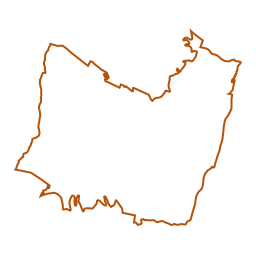 outline of Chia, Cundinamarca, Colombia
{"feature_id": "7082276B36074400968325", "entity_name": "Chia", "entity_type": "district", "adm_level": 2, "iso_a3": "COL", "parent_name": "Colombia", "parent_adm1": "Cundinamarca", "projection": "orthographic", "projection_center": [-74.043, 4.869], "detail": "fine", "context": "isolated", "style": "outline", "palette": "amber", "viewbox_px": 256, "rotation_deg": 0, "n_neighbors": 0, "source": "geoboundaries", "source_scale": "gbopen_adm2", "svg_char_len": 5675}
<svg xmlns="http://www.w3.org/2000/svg" viewBox="0 0 256 256"><path d="M191.0,31.1L192.2,37.2L192.2,38.5L191.9,39.3L191.1,39.6L190.3,39.5L186.9,37.7L186.0,37.6L185.0,37.9L183.7,39.0L183.4,39.4L183.5,40.0L183.6,40.3L184.0,40.4L186.1,40.0L186.8,40.1L187.9,41.0L189.0,42.1L189.3,43.3L189.0,43.8L188.5,44.0L186.8,44.1L186.1,44.3L185.3,44.8L185.3,45.3L185.8,45.7L189.0,45.9L190.5,47.0L191.2,47.9L191.5,48.5L191.5,51.1L191.8,51.8L192.3,51.9L193.5,51.0L193.9,50.9L196.8,51.5L196.9,52.4L196.1,55.7L195.6,56.8L193.6,59.9L192.8,60.8L192.1,61.2L191.2,61.3L189.9,60.6L189.0,60.4L187.1,60.7L184.5,60.8L183.5,61.1L183.3,61.4L183.5,61.9L185.4,62.7L185.3,64.1L184.6,65.6L181.0,70.2L180.2,71.7L179.9,71.8L179.7,71.7L178.0,69.2L177.6,68.7L177.3,68.7L176.8,69.6L176.8,70.1L178.3,72.2L178.5,72.8L178.2,73.2L177.7,73.5L175.5,74.0L173.3,75.4L170.6,76.1L169.9,76.5L169.7,77.1L169.7,79.5L168.7,83.9L168.6,85.2L168.7,87.0L169.9,90.6L169.9,91.2L169.7,91.6L168.9,91.6L166.5,90.8L165.5,90.8L165.1,92.0L162.7,95.1L161.8,96.2L160.6,97.1L158.8,97.6L156.3,97.9L155.0,98.4L153.6,99.5L152.4,100.9L151.3,100.0L148.7,94.8L147.8,94.3L133.8,88.0L133.2,87.9L132.8,91.2L131.9,91.2L126.5,86.6L125.9,86.5L125.3,87.0L124.3,86.6L124.5,86.1L121.0,84.5L119.5,87.7L107.8,82.1L106.3,81.5L105.6,81.4L105.5,80.3L104.9,79.9L105.0,79.4L105.5,79.2L106.6,79.2L107.3,79.0L107.5,78.7L106.4,77.7L106.3,77.0L106.8,76.9L108.4,77.7L108.7,77.4L108.7,76.9L107.6,76.4L107.9,75.3L107.3,75.1L106.3,75.3L105.6,76.9L105.2,77.0L104.8,76.9L104.6,76.4L104.5,75.4L104.1,75.2L103.8,74.4L103.9,74.1L104.2,74.0L106.1,73.9L107.3,74.4L107.3,74.2L106.7,73.0L106.7,72.6L104.9,71.7L103.9,71.0L100.6,69.1L98.7,67.3L94.6,64.2L93.6,63.0L91.8,61.6L91.0,61.3L90.4,61.3L88.0,65.9L87.9,65.8L71.3,52.8L66.9,48.9L62.9,45.8L60.9,45.7L57.6,45.9L55.0,45.2L53.8,44.8L50.4,44.0L50.6,44.7L48.9,47.3L48.1,50.4L47.0,51.4L46.5,52.1L45.4,54.4L45.1,55.4L44.9,60.0L43.9,62.7L44.1,64.5L44.8,66.5L44.9,69.3L45.5,72.5L45.3,72.9L43.4,72.8L42.6,73.2L40.7,78.5L39.9,79.8L39.9,83.8L41.2,89.5L41.3,90.8L41.2,93.1L41.4,95.5L41.0,96.9L41.1,99.6L41.0,102.0L40.0,103.7L39.1,106.1L38.9,107.3L39.0,108.2L39.4,109.5L39.8,111.6L40.1,114.5L40.1,116.7L39.5,119.0L39.3,121.9L38.5,124.7L38.6,125.5L38.4,127.3L39.2,130.7L39.5,132.6L39.4,134.1L38.8,135.7L38.0,136.3L36.0,137.7L34.2,138.2L32.3,139.1L32.2,141.0L31.6,142.7L31.0,143.5L30.7,145.5L29.4,147.2L28.5,150.1L27.8,151.5L27.3,152.2L25.8,153.1L24.5,153.4L23.7,153.8L23.2,155.2L23.2,157.1L22.1,157.4L21.4,157.8L20.6,159.2L19.3,160.1L18.5,161.0L18.8,161.9L18.7,162.7L18.1,163.3L17.3,165.1L16.4,167.7L16.3,168.6L15.4,169.5L31.0,172.7L42.1,180.0L49.2,185.3L48.0,185.9L48.3,186.3L48.9,186.3L49.4,186.9L49.4,187.3L49.1,187.8L48.3,188.2L47.2,187.7L46.9,188.0L46.5,189.4L46.2,189.7L44.8,190.2L44.0,190.7L43.5,190.5L43.1,190.6L43.1,191.4L43.7,192.5L43.7,193.8L43.4,193.9L42.4,193.7L42.1,193.1L41.8,193.1L40.6,196.2L42.8,195.1L43.4,195.0L46.9,193.9L48.6,193.4L50.2,193.5L52.6,192.9L54.7,192.9L57.2,193.9L59.6,195.9L61.1,197.7L62.3,202.4L62.8,205.7L62.9,209.0L63.3,209.5L64.2,209.5L66.1,209.0L66.9,209.0L69.8,210.5L70.4,210.5L70.6,210.3L70.5,208.3L69.5,203.9L69.5,201.9L69.9,200.1L71.2,197.1L72.2,195.7L72.9,195.6L73.6,195.9L74.1,196.4L74.5,196.9L74.7,198.6L74.4,201.4L74.9,204.8L75.1,205.5L75.6,205.7L76.0,205.5L76.3,204.9L76.5,203.3L76.5,202.1L76.1,200.0L76.1,198.8L77.8,195.8L78.3,195.5L78.9,195.7L79.0,196.4L78.5,200.9L78.7,201.7L79.2,202.9L80.5,204.9L81.8,208.9L82.8,211.1L83.2,211.4L83.5,211.3L83.8,211.0L83.9,209.6L84.1,209.1L85.2,208.5L87.5,208.2L90.6,208.4L91.9,208.6L92.7,208.3L96.2,204.3L96.8,203.0L97.0,200.9L97.3,200.5L97.9,200.2L98.8,200.4L99.7,200.9L102.5,203.8L104.2,205.2L105.0,205.5L105.9,205.4L106.3,204.8L106.3,204.0L104.9,201.3L104.7,199.0L104.2,196.9L104.2,196.6L104.6,196.4L105.2,196.6L105.7,197.1L106.4,198.4L108.9,204.3L109.6,205.5L111.1,206.9L111.6,206.3L112.5,206.1L114.4,204.7L115.2,202.0L116.0,200.4L116.6,200.8L122.1,208.5L122.3,209.4L122.6,212.8L135.0,215.4L134.0,222.5L135.8,222.5L137.2,224.1L137.8,224.5L137.9,224.9L139.6,224.4L140.4,224.3L141.5,223.4L141.2,219.6L143.5,219.2L144.5,220.2L145.5,219.9L150.6,220.5L151.9,220.2L154.2,220.3L156.1,221.8L156.9,222.2L157.8,222.1L160.6,221.2L162.0,221.1L163.0,221.3L164.0,221.6L165.5,222.6L167.5,223.1L170.8,224.7L171.6,224.9L172.8,224.7L173.9,224.1L174.4,224.0L174.9,224.1L175.8,224.7L176.4,224.8L177.6,224.8L181.3,224.1L182.5,224.2L184.0,224.5L185.5,224.4L185.8,224.1L186.4,223.3L186.9,221.9L187.3,221.5L189.8,220.5L190.5,220.0L194.0,207.4L194.9,205.0L195.2,203.5L195.6,199.6L196.1,197.1L197.4,193.8L198.6,191.8L201.2,189.4L201.9,188.3L202.3,187.2L203.0,184.3L203.5,178.7L204.3,175.4L205.3,173.5L207.8,170.3L209.9,169.2L210.7,168.3L211.3,168.1L211.6,167.7L211.8,167.1L212.1,166.8L213.7,167.5L214.2,167.3L214.4,166.9L215.1,163.8L217.8,155.0L219.1,151.8L219.7,149.6L220.3,145.9L221.0,144.3L222.4,139.4L223.5,130.4L223.7,126.8L224.9,120.6L225.7,118.6L227.0,117.1L228.5,114.7L230.7,110.5L231.5,108.3L231.5,98.8L232.0,96.2L232.1,94.7L228.9,93.8L229.8,93.4L230.5,92.7L231.0,91.8L232.0,90.8L232.6,90.0L234.7,80.1L234.4,80.0L233.9,80.2L233.5,80.8L233.4,81.9L233.0,82.2L232.2,82.3L231.8,82.0L231.9,80.7L232.3,79.5L233.9,78.3L234.2,77.9L234.1,77.6L234.7,77.3L234.9,77.0L234.5,76.4L234.8,75.6L235.3,74.9L235.8,73.9L236.0,74.5L236.4,73.9L236.4,71.7L236.9,71.1L237.2,70.2L237.6,67.7L238.0,66.1L238.4,65.5L239.1,64.9L239.5,64.3L240.5,63.2L240.6,62.4L240.5,62.1L239.4,61.6L235.6,61.1L234.9,60.6L234.3,59.7L234.1,59.7L232.1,59.9L229.6,61.2L228.8,61.4L227.3,61.3L224.4,60.8L221.5,59.2L218.6,56.5L216.3,55.0L212.5,54.0L211.4,53.4L210.6,52.6L210.2,51.6L209.0,50.2L207.5,49.0L204.9,48.1L200.4,47.2L202.9,40.4L199.6,38.1L192.8,32.8L191.0,31.1Z" fill="none" stroke="#b45309" stroke-width="2"/></svg>